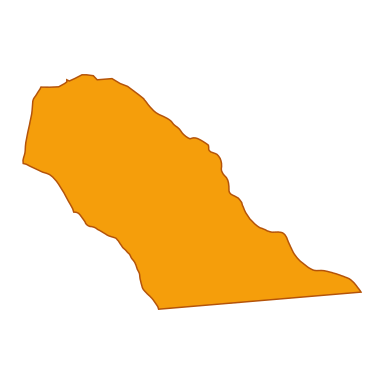 Malgretoute, Praslin, Saint Lucia (Natural Earth projection)
{"feature_id": "8701671B58944232238955", "entity_name": "Malgretoute", "entity_type": "district", "adm_level": 2, "iso_a3": "LCA", "parent_name": "Saint Lucia", "parent_adm1": "Praslin", "projection": "natural_earth1", "projection_center": [-60.903, 13.842], "detail": "fine", "context": "isolated", "style": "filled", "palette": "amber", "viewbox_px": 384, "rotation_deg": 0, "n_neighbors": 0, "source": "geoboundaries", "source_scale": "gbopen_adm2", "svg_char_len": 5998}
<svg xmlns="http://www.w3.org/2000/svg" viewBox="0 0 384 384"><path d="M73.7,212.1L75.4,212.2L76.6,212.4L78.5,213.3L80.0,214.8L84.2,220.6L85.1,222.0L85.4,222.7L85.5,223.1L86.2,224.1L86.5,224.4L87.0,224.9L87.3,225.1L87.6,225.3L88.0,225.6L88.3,225.8L88.6,225.9L89.0,226.1L89.3,226.2L89.6,226.3L90.0,226.5L90.6,226.5L91.0,226.5L91.4,226.6L91.7,226.6L92.5,226.8L93.2,227.0L93.5,227.1L94.0,227.2L95.3,227.8L96.0,228.2L96.6,228.6L96.9,228.9L97.3,229.2L97.6,229.4L97.9,229.6L98.6,229.9L99.3,230.3L99.6,230.4L100.6,231.0L101.6,231.6L102.6,232.2L103.2,232.6L103.6,232.8L103.9,233.0L104.5,233.4L105.3,233.8L106.9,234.9L107.2,235.1L107.5,235.2L107.9,235.4L108.2,235.6L109.7,236.2L110.0,236.2L110.4,236.4L112.0,236.9L112.4,237.0L113.1,237.2L113.4,237.3L114.9,237.8L115.5,238.0L115.9,238.2L116.2,238.5L116.4,238.7L116.7,239.0L117.0,239.4L117.4,239.9L117.7,240.2L118.0,240.5L118.3,240.8L118.7,241.5L119.2,242.2L119.4,242.5L119.6,242.8L120.0,243.5L120.4,244.1L120.7,244.5L121.2,245.2L121.7,245.9L122.1,246.6L122.6,247.3L122.8,247.6L123.1,247.9L123.7,248.4L124.2,248.9L124.8,249.4L125.4,249.9L126.3,250.9L126.6,251.3L127.2,252.0L127.5,252.3L127.8,252.6L128.3,253.1L128.6,253.4L129.2,253.9L129.5,254.2L129.7,254.5L129.9,254.9L130.1,255.3L130.5,256.0L130.6,256.4L131.1,257.4L131.3,257.8L131.5,258.1L131.8,258.5L132.0,258.8L132.2,259.1L132.5,259.4L133.0,260.0L133.2,260.3L133.5,260.6L134.2,261.6L134.4,261.9L134.6,262.2L135.0,262.9L135.3,263.7L136.0,265.2L136.1,265.6L136.5,266.8L136.6,267.2L137.0,268.3L137.1,268.7L137.4,269.5L137.6,269.8L138.6,271.7L139.1,272.7L139.4,273.6L139.5,274.0L139.6,274.4L139.6,274.8L139.7,275.3L139.8,276.5L139.9,277.4L140.1,278.9L140.2,279.3L140.4,280.1L140.6,280.9L140.7,281.4L141.0,282.6L141.1,283.1L141.2,283.5L141.3,283.9L141.5,284.4L141.6,284.9L142.1,286.6L142.3,287.4L142.4,287.7L142.8,288.5L143.0,288.9L143.4,289.6L143.7,290.0L144.0,290.2L144.3,290.6L144.5,290.9L146.7,293.2L147.3,293.9L147.6,294.1L148.4,294.9L150.0,296.3L150.6,297.0L151.1,297.5L151.4,297.8L151.7,298.1L151.9,298.3L152.7,299.3L153.0,299.6L153.7,300.6L154.1,301.2L154.3,301.5L154.6,301.9L156.3,304.4L157.0,305.4L157.2,305.8L157.5,306.1L157.8,306.8L158.0,307.2L158.1,307.5L158.6,309.2L361.0,292.1L360.8,291.7L360.5,291.3L360.3,291.0L359.8,290.2L359.5,290.0L359.3,289.6L358.6,288.6L358.3,288.3L358.1,288.0L357.5,287.3L356.9,286.4L356.6,286.1L356.4,285.7L355.9,285.1L355.3,284.4L355.1,284.1L354.8,283.8L354.1,282.9L353.4,282.3L352.9,281.7L352.6,281.5L352.3,281.2L351.7,280.7L351.4,280.4L351.1,280.2L350.8,279.8L350.1,279.4L349.9,279.2L349.5,279.1L349.3,278.8L349.0,278.6L348.7,278.5L347.6,278.0L345.8,277.3L345.5,277.2L345.1,277.1L344.5,276.8L343.8,276.5L342.4,276.0L341.7,275.8L341.4,275.7L340.7,275.4L340.4,275.3L339.7,275.0L339.3,274.9L338.9,274.8L338.5,274.6L337.7,274.4L337.4,274.2L336.9,274.1L336.2,273.8L335.4,273.6L335.0,273.5L334.6,273.4L334.3,273.3L333.9,273.2L332.8,272.9L332.1,272.6L331.3,272.4L330.4,272.2L329.6,272.0L329.3,271.9L328.5,271.7L327.0,271.3L326.3,271.2L326.0,271.1L325.6,271.0L324.9,270.9L324.5,270.8L324.1,270.7L323.1,270.6L321.7,270.5L320.9,270.5L320.5,270.5L316.7,270.6L316.3,270.6L315.6,270.5L315.2,270.5L314.5,270.4L314.1,270.3L313.8,270.2L313.1,270.0L312.8,269.9L310.8,268.9L309.0,267.9L308.7,267.7L308.4,267.5L308.1,267.3L307.8,267.1L306.5,266.1L305.3,265.1L304.3,264.4L304.1,264.2L303.5,263.7L302.5,262.9L302.2,262.7L300.8,261.6L300.2,261.1L299.7,260.6L299.4,260.3L298.0,258.8L297.7,258.5L297.4,258.2L297.1,257.8L296.6,257.2L295.2,255.3L294.9,255.0L294.7,254.6L294.1,253.8L293.4,252.6L293.0,251.9L292.6,251.0L292.4,250.6L291.8,249.5L291.7,249.1L290.8,247.3L290.4,246.5L289.7,244.8L289.5,244.5L289.3,244.1L289.1,243.6L288.6,242.5L288.4,242.1L288.1,241.4L287.7,240.2L287.5,239.9L287.3,239.4L287.2,239.0L286.9,238.2L286.8,237.9L286.6,237.5L286.4,237.1L286.2,236.8L285.7,236.0L285.5,235.7L285.3,235.3L285.1,235.0L284.5,234.4L284.2,234.1L283.7,233.6L283.1,233.2L282.8,233.0L282.2,232.7L281.8,232.6L281.5,232.5L280.8,232.3L280.3,232.3L279.5,232.2L278.8,232.1L278.5,232.0L276.0,232.1L275.6,232.1L272.3,232.2L271.5,232.1L271.0,232.0L270.7,231.9L270.0,231.8L269.3,231.5L269.0,231.4L268.0,231.1L267.6,231.0L266.9,230.7L266.6,230.5L266.3,230.3L265.7,230.0L265.3,229.8L265.0,229.6L264.7,229.5L264.4,229.4L263.3,229.0L263.0,228.8L262.3,228.5L262.0,228.4L261.2,228.2L260.9,228.0L260.5,228.0L259.9,227.7L259.2,227.3L258.9,227.1L258.6,226.9L258.3,226.7L258.0,226.5L257.4,226.1L254.6,223.8L252.0,221.1L251.7,220.8L249.9,219.0L247.7,215.7L245.7,212.7L244.4,210.0L243.3,207.1L242.4,205.2L241.7,202.5L239.9,200.0L238.3,198.1L236.3,197.0L234.7,196.1L232.5,195.1L230.7,194.0L229.5,192.5L229.0,190.9L228.9,186.4L228.5,183.0L227.8,180.3L226.4,177.6L224.3,175.4L223.0,173.8L221.6,171.0L221.3,169.0L221.6,166.4L221.5,163.2L220.9,160.6L220.1,158.4L218.5,156.0L217.0,154.4L215.4,153.6L210.7,151.9L209.2,150.5L208.7,149.3L208.7,147.1L208.4,145.2L207.4,144.4L205.7,143.2L202.9,141.4L200.7,140.1L197.7,138.6L195.7,138.0L194.3,137.9L193.1,137.9L191.3,138.4L190.3,138.7L189.8,138.7L188.1,137.9L185.8,136.4L183.6,134.5L182.2,133.0L180.6,130.7L179.3,129.0L177.3,127.2L175.4,125.9L174.1,124.8L173.3,124.0L171.8,122.0L170.8,120.9L168.8,119.4L167.2,118.4L163.5,116.5L159.0,114.5L156.0,112.7L153.6,110.7L150.1,107.0L148.0,104.5L146.5,102.4L145.0,100.5L144.2,99.7L143.8,98.8L139.2,95.1L127.6,86.4L120.1,83.5L112.0,78.6L97.2,79.8L93.3,75.7L86.6,74.8L82.0,74.8L74.6,78.6L69.3,81.0L66.8,79.8L66.8,81.9L64.7,83.5L58.7,86.8L49.9,87.2L40.9,87.1L40.1,88.9L38.1,91.9L35.7,95.8L34.4,97.5L33.5,99.0L32.8,101.2L32.5,105.3L32.1,110.5L31.7,113.9L30.9,117.8L30.0,122.1L29.5,124.8L28.3,130.0L27.6,133.3L26.6,138.5L25.8,142.6L25.4,146.4L25.2,150.8L24.9,153.1L24.3,155.4L23.6,157.6L23.0,160.3L23.2,163.5L25.4,164.0L26.6,164.4L29.4,165.9L31.9,167.1L34.3,168.2L36.4,169.2L39.0,170.4L41.0,171.4L42.8,172.2L46.2,173.2L47.8,173.8L49.6,174.6L50.4,175.2L51.7,176.2L52.8,177.1L56.4,181.1L58.6,184.2L61.2,188.4L63.9,192.7L65.9,196.5L68.6,201.5L70.6,204.9L72.5,208.4L72.8,209.1L73.7,212.1Z" fill="#f59e0b" stroke="#b45309" stroke-width="1.5"/></svg>